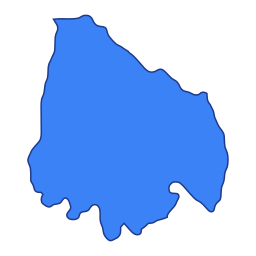 the district of Esperanza, Valverde, Dominican Republic
{"feature_id": "3306468B62426802090355", "entity_name": "Esperanza", "entity_type": "district", "adm_level": 2, "iso_a3": "DOM", "parent_name": "Dominican Republic", "parent_adm1": "Valverde", "projection": "robinson", "projection_center": [-70.963, 19.618], "detail": "fine", "context": "isolated", "style": "filled", "palette": "blue", "viewbox_px": 256, "rotation_deg": 0, "n_neighbors": 0, "source": "geoboundaries", "source_scale": "gbopen_adm2", "svg_char_len": 4013}
<svg xmlns="http://www.w3.org/2000/svg" viewBox="0 0 256 256"><path d="M128.3,51.4L124.4,49.0L121.1,46.7L116.8,44.5L114.8,42.8L112.9,40.9L111.1,38.9L109.4,36.8L108.4,35.3L107.7,33.8L106.4,29.1L105.6,27.9L105.0,27.5L103.6,26.9L98.6,26.1L97.0,25.5L96.4,25.1L95.2,24.1L94.2,22.9L93.4,21.5L92.4,19.3L91.6,18.0L90.5,16.9L89.2,16.0L88.5,15.7L86.9,15.4L84.5,15.4L82.9,15.8L79.6,17.6L78.0,18.2L76.3,18.5L74.5,18.7L70.7,18.9L59.5,18.8L53.5,19.2L56.2,23.6L57.3,25.7L57.7,27.4L57.7,29.1L57.4,30.6L55.9,34.2L55.3,36.9L55.1,39.8L54.9,47.7L54.8,49.6L54.5,51.5L53.9,53.2L52.2,56.8L50.9,59.9L49.1,63.6L48.6,65.3L48.2,68.1L47.9,75.0L47.5,77.8L47.0,79.5L45.7,82.5L45.2,84.2L44.9,86.1L44.3,91.0L44.0,92.9L43.5,94.6L41.9,98.3L41.5,100.2L41.2,103.2L41.1,106.3L41.3,132.3L41.2,135.3L40.9,137.3L40.4,139.2L40.0,140.1L39.0,141.7L37.2,143.8L33.5,148.0L31.8,150.3L31.0,151.9L28.7,157.0L28.2,158.5L28.0,159.4L28.0,161.1L28.2,161.9L28.7,163.4L29.9,166.3L30.5,169.0L30.8,174.0L30.8,181.0L32.8,184.4L33.5,186.1L34.3,189.1L35.0,190.5L35.4,191.0L36.0,191.5L37.4,192.1L38.8,192.3L41.1,192.4L42.9,194.3L41.9,196.5L41.4,198.1L41.3,199.8L41.4,200.6L41.7,202.2L42.1,202.9L43.2,204.0L46.1,206.0L48.0,206.8L48.8,206.9L50.1,206.8L51.3,206.2L52.6,205.1L53.2,204.8L54.5,204.4L58.2,203.7L59.6,203.3L60.2,202.9L61.2,202.0L62.3,200.3L63.0,199.3L64.0,198.4L64.6,198.2L65.3,198.0L66.0,198.1L67.2,198.8L68.2,199.9L69.0,201.2L70.4,205.5L70.7,207.0L70.7,207.7L70.5,208.5L69.8,209.9L68.0,212.3L67.2,213.6L66.9,214.3L66.8,215.1L66.9,215.9L67.5,217.2L68.6,218.3L69.2,218.8L70.7,219.3L72.3,219.5L73.9,219.5L75.5,219.3L76.9,218.8L78.1,218.0L78.6,217.4L78.9,216.7L79.7,214.2L80.4,213.0L81.0,212.6L82.2,212.0L86.5,211.2L87.8,210.6L88.9,209.7L90.4,207.4L91.3,206.3L92.4,205.3L93.1,205.0L94.7,204.6L95.5,204.7L96.3,204.9L97.0,205.2L97.6,205.7L98.7,206.9L99.4,208.3L99.7,209.2L100.1,212.1L100.1,218.9L100.5,221.8L101.0,223.5L102.5,227.3L102.9,229.0L103.5,232.5L104.0,234.2L104.8,235.8L106.4,238.0L108.2,239.7L109.6,240.5L110.4,240.6L111.1,240.6L112.4,240.2L117.0,237.9L117.6,237.5L118.7,236.3L119.7,235.0L120.0,234.2L120.5,232.5L120.6,230.7L120.7,227.0L124.1,223.3L129.5,229.5L132.0,232.1L134.0,233.7L135.5,234.4L136.2,234.6L137.8,234.7L139.2,234.4L139.9,234.0L140.5,233.5L140.9,232.8L141.1,232.1L141.3,230.6L141.3,229.3L145.3,226.3L148.3,223.4L151.9,223.0L153.5,222.6L157.0,220.5L162.8,218.9L167.2,217.3L167.3,215.9L167.4,215.2L168.1,213.8L169.5,211.8L173.5,207.3L175.1,205.2L175.9,203.7L176.9,201.3L178.3,198.7L178.8,197.3L178.9,196.5L178.8,195.8L178.6,195.0L178.2,194.4L177.6,193.9L176.4,193.5L172.8,193.3L171.5,193.1L170.8,192.8L170.1,192.4L169.6,191.7L169.3,191.0L169.1,190.2L168.9,188.5L169.1,186.8L169.4,185.9L170.2,184.5L171.4,183.3L172.7,182.4L173.5,182.1L175.2,181.9L177.7,182.1L179.3,182.6L180.7,183.6L183.3,186.0L190.6,194.3L194.3,198.2L196.3,199.9L199.9,201.9L201.3,202.9L203.3,204.7L208.1,210.0L209.2,211.0L210.5,211.6L211.2,211.7L211.9,211.7L212.6,211.5L213.2,211.1L213.7,210.5L214.2,209.2L214.9,206.3L215.5,204.9L216.7,203.1L219.3,200.7L219.8,200.2L220.5,198.7L220.9,196.0L221.2,190.3L221.6,187.4L222.1,185.8L223.3,182.8L223.8,181.1L224.2,179.2L224.7,174.3L225.0,172.4L225.6,170.7L227.2,167.0L227.6,165.1L227.8,163.2L228.0,160.2L227.9,157.3L227.7,155.3L227.1,152.5L225.6,148.8L225.0,147.1L224.6,144.2L224.2,136.4L223.9,134.5L223.6,133.6L223.2,132.8L222.3,131.2L219.1,126.8L218.2,125.3L214.8,117.7L214.4,116.0L213.5,111.7L212.9,110.1L210.1,104.5L208.5,102.3L207.9,101.1L207.5,99.7L207.2,98.1L206.9,93.4L205.7,92.8L204.5,92.4L203.8,92.3L202.4,92.3L201.1,92.7L199.3,94.2L198.7,94.5L197.4,94.9L195.1,94.9L193.6,94.5L192.8,94.2L189.5,92.5L188.0,92.0L184.8,91.2L183.3,90.6L182.0,89.7L181.0,88.5L180.1,87.2L179.1,85.0L178.3,83.6L176.8,81.7L175.7,80.8L172.9,79.2L171.5,78.2L169.6,76.4L165.3,71.9L163.4,70.3L162.0,69.5L160.4,69.2L158.9,69.5L157.5,70.1L155.0,71.5L153.5,71.9L151.9,72.1L150.2,72.0L148.6,71.5L147.9,71.1L146.5,70.1L144.5,68.3L137.2,60.0L134.1,56.7L131.6,54.4L129.3,52.8L128.9,52.4L128.3,51.4Z" fill="#3b82f6" stroke="#1e3a8a" stroke-width="1.5"/></svg>